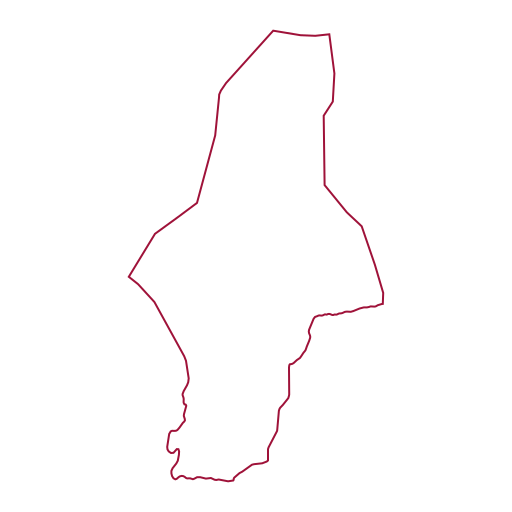 map outline of Southern Darfur (Robinson projection)
{"feature_id": "SDN-5856", "entity_name": "Southern Darfur", "entity_type": "State", "adm_level": 1, "iso_a3": "SDN", "parent_name": "Sudan", "parent_adm1": "", "projection": "robinson", "projection_center": [24.503, 10.891], "detail": "fine", "context": "isolated", "style": "outline", "palette": "rose", "viewbox_px": 512, "rotation_deg": 0, "n_neighbors": 0, "source": "natural_earth", "source_scale": "10m", "svg_char_len": 2518}
<svg xmlns="http://www.w3.org/2000/svg" viewBox="0 0 512 512"><path d="M184.5,404.4L183.8,403.1L183.6,402.2L183.7,399.0L183.5,397.7L182.6,395.1L182.6,394.0L183.7,391.1L187.0,385.3L188.2,382.3L188.7,378.4L186.0,360.8L184.2,356.2L169.3,329.1L154.4,302.0L138.1,284.2L128.8,276.8L155.0,233.8L178.1,217.0L197.0,202.9L215.2,135.4L219.0,97.7L219.2,94.5L220.9,90.6L226.1,83.0L273.2,30.7L300.4,35.2L315.3,35.8L329.3,34.3L334.4,73.5L332.8,101.6L323.7,115.7L324.6,185.1L346.8,212.3L361.7,226.3L374.9,264.8L383.2,292.9L382.8,303.9L381.8,304.0L377.8,305.2L375.9,306.3L375.2,306.5L374.4,306.6L370.8,306.4L370.3,306.5L368.9,307.0L366.9,307.4L364.0,307.4L363.4,307.5L359.6,308.5L353.0,311.2L352.7,311.2L351.6,311.6L350.6,311.8L347.0,311.6L345.9,311.7L344.8,311.9L343.5,312.5L342.7,312.9L341.8,313.2L340.7,313.4L340.1,313.4L339.1,313.5L338.6,313.7L336.9,314.5L336.4,314.6L335.9,314.6L334.9,314.5L334.4,314.5L333.6,314.9L333.1,315.0L332.6,315.0L332.0,314.9L331.5,314.7L330.6,314.3L330.1,314.1L329.0,313.9L328.4,314.0L327.8,314.1L327.0,314.5L326.4,314.6L325.3,314.4L324.8,314.4L322.7,315.4L321.6,315.6L319.3,315.4L318.4,315.6L317.1,316.2L315.7,316.7L315.1,316.9L314.5,317.6L313.6,318.8L309.1,329.7L308.9,330.8L308.8,331.6L309.0,332.7L309.1,333.3L309.9,335.2L310.2,336.2L310.2,336.8L310.2,337.4L310.1,338.0L309.1,341.0L306.8,346.5L306.2,348.3L305.5,350.2L304.7,351.3L303.5,352.7L301.0,356.5L299.9,358.0L296.8,360.1L293.7,363.0L292.9,363.5L292.1,363.9L291.2,364.1L290.3,364.2L290.0,364.2L289.6,364.6L289.3,365.3L289.0,367.4L289.2,394.5L289.0,395.7L288.3,398.1L282.8,405.0L280.2,407.7L279.5,408.9L278.9,410.7L277.2,430.2L277.1,430.8L276.7,431.7L268.6,447.3L268.1,448.8L268.0,449.5L268.0,460.4L267.5,461.0L266.6,461.6L262.2,463.3L254.0,464.2L252.0,464.7L242.2,471.7L239.5,473.1L234.3,477.6L233.8,478.4L233.6,479.9L233.2,480.5L228.1,481.3L218.7,479.5L216.2,480.0L214.5,479.7L210.9,478.0L205.9,478.6L200.2,477.2L197.1,477.2L194.3,478.7L192.9,479.2L190.0,478.3L187.1,478.4L185.9,477.9L184.6,476.8L183.2,476.1L181.7,475.9L180.0,476.3L178.7,477.1L176.6,478.9L175.3,479.3L173.5,478.3L172.1,476.1L171.4,473.4L171.4,470.9L172.6,468.2L176.3,463.5L177.8,460.7L178.9,454.9L179.1,451.4L178.4,449.2L176.8,449.1L173.5,452.8L171.0,453.0L168.7,451.4L167.5,449.4L167.2,446.9L169.2,433.9L169.7,433.1L170.7,431.4L172.1,430.8L175.0,430.9L176.4,430.6L177.5,429.9L179.4,427.7L182.9,422.8L184.1,421.7L184.9,420.5L184.8,419.0L183.8,415.9L184.0,414.1L186.2,406.1L186.2,405.5L185.7,404.6L185.1,404.4L184.5,404.4Z" fill="none" stroke="#9f1239" stroke-width="2"/></svg>